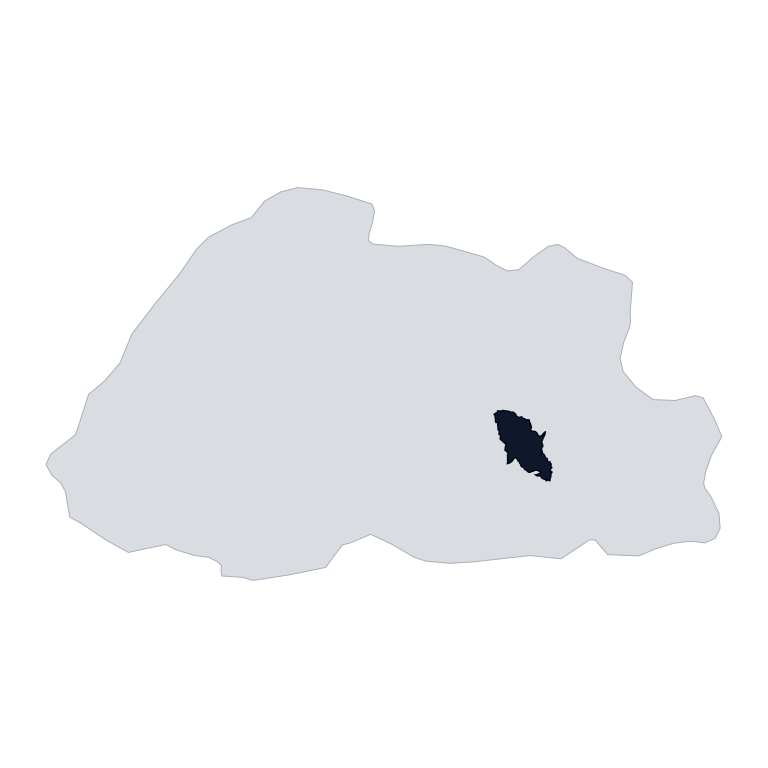 Saleng, Mongar, Bhutan shown in context
{"feature_id": "84629894B77073852352819", "entity_name": "Saleng", "entity_type": "district", "adm_level": 2, "iso_a3": "BTN", "parent_name": "Bhutan", "parent_adm1": "Mongar", "projection": "natural_earth1", "projection_center": [91.106, 27.254], "detail": "fine", "context": "in_parent", "style": "filled", "palette": "ink", "viewbox_px": 768, "rotation_deg": 0, "n_neighbors": 0, "source": "geoboundaries", "source_scale": "gbopen_adm2", "svg_char_len": 7036}
<svg xmlns="http://www.w3.org/2000/svg" viewBox="0 0 768 768"><path d="M630.6,322.1L629.4,327.7L623.7,342.4L620.0,358.4L623.1,371.5L635.9,387.1L653.1,399.6L675.0,400.5L695.1,395.7L703.1,397.7L714.1,418.6L721.9,436.6L711.4,455.3L705.7,471.6L703.6,483.2L704.9,488.2L711.4,497.6L719.0,513.6L720.1,528.3L715.3,538.1L704.9,542.9L693.9,541.5L684.8,541.7L673.3,543.4L655.5,548.8L638.9,555.9L607.7,554.6L595.2,540.0L589.3,540.0L561.0,558.8L530.1,555.5L473.8,561.8L450.3,563.3L426.2,561.2L414.0,557.2L391.3,544.0L370.7,534.3L349.8,543.1L342.4,544.8L325.6,567.4L289.2,574.9L252.9,580.4L242.2,577.3L221.8,576.0L221.0,570.7L221.6,565.6L217.0,561.5L208.7,557.3L194.5,555.5L176.2,549.9L165.7,544.5L128.4,552.4L106.8,540.5L82.2,524.1L69.8,517.0L65.4,491.6L61.1,483.4L51.5,474.8L46.1,464.7L50.5,454.3L75.1,435.0L77.1,430.4L88.6,394.3L104.4,381.2L120.0,363.0L131.9,334.0L154.6,304.3L179.6,273.8L196.8,248.9L208.2,237.4L231.6,224.9L251.2,217.7L264.7,201.0L281.1,191.8L297.8,187.6L322.7,189.9L346.1,195.8L371.8,204.0L374.7,210.7L372.5,222.5L368.8,234.5L368.7,240.6L372.6,244.0L397.7,246.3L428.5,244.4L445.8,246.1L484.3,257.1L495.5,264.9L507.3,270.9L518.8,269.8L533.3,257.0L548.6,246.2L558.1,244.4L564.9,247.9L577.2,258.3L602.6,268.0L625.2,275.4L632.5,282.3L630.1,312.2L630.6,322.1Z" fill="#d9dde1" stroke="#a8b0b8" stroke-width="1"/><path d="M507.4,463.6L508.4,463.3L509.6,462.9L511.0,462.0L512.5,460.7L513.2,459.4L513.6,458.8L514.2,458.3L515.1,457.9L515.5,457.7L516.0,457.7L516.3,457.6L517.7,460.0L517.8,460.6L517.9,460.8L518.7,460.9L519.0,461.0L519.2,461.3L519.3,462.0L519.4,462.4L519.5,462.7L520.1,463.6L520.5,464.1L520.9,465.4L521.1,466.0L522.1,467.0L522.7,467.0L523.2,467.1L524.0,467.9L524.1,468.2L524.4,469.0L524.9,469.6L525.3,469.7L525.7,469.7L526.9,470.6L527.6,471.5L527.8,471.6L528.0,471.7L528.6,472.1L529.1,472.3L529.5,472.3L530.1,472.1L530.6,472.1L531.0,471.9L531.1,471.7L531.3,471.6L531.8,471.5L532.0,471.4L532.4,471.3L532.7,471.0L532.8,471.0L533.4,471.1L533.6,471.0L534.0,470.7L534.5,470.6L535.0,470.3L535.2,470.1L535.3,470.1L535.8,470.0L536.7,470.1L537.2,470.4L537.5,470.5L538.0,470.6L538.4,470.5L538.6,470.6L538.9,471.0L539.7,471.6L539.9,471.8L540.5,472.0L540.8,472.3L541.0,472.8L541.2,473.0L540.7,473.2L540.0,473.3L539.7,473.5L539.3,473.6L538.6,473.9L537.4,474.4L537.1,474.6L536.8,474.7L536.3,474.9L535.7,474.9L536.5,475.5L537.5,475.9L537.9,476.0L539.0,475.7L539.5,475.7L540.1,475.8L541.5,477.3L542.2,478.4L542.8,478.5L543.2,478.7L543.8,478.9L544.1,479.1L544.6,479.1L544.9,479.2L545.4,479.6L545.6,479.9L545.9,480.2L546.3,480.7L546.5,480.4L546.9,480.0L547.2,480.0L548.4,480.2L549.4,480.7L549.7,480.8L549.8,480.8L549.9,480.7L549.9,480.0L550.2,478.2L550.2,477.6L550.3,477.4L550.6,477.2L550.8,477.0L550.8,476.8L550.8,476.2L550.9,475.3L550.8,475.0L550.6,474.6L550.6,474.4L550.6,474.1L551.0,473.7L551.7,472.8L552.0,472.3L551.9,472.0L551.8,471.8L551.2,471.6L550.8,471.7L550.0,471.7L549.7,471.4L549.7,471.1L549.8,470.9L550.3,470.6L550.4,470.3L550.2,469.7L550.6,468.8L550.8,468.5L551.4,468.2L551.6,468.0L551.7,467.7L551.6,467.1L551.4,466.7L550.5,465.9L550.4,465.7L550.5,465.4L550.8,465.1L551.1,464.8L551.2,464.4L551.1,464.0L551.0,463.8L550.0,462.9L550.0,462.7L550.0,462.1L550.0,461.9L549.5,461.9L548.9,462.0L548.5,461.9L548.0,461.7L547.6,461.4L547.6,461.1L547.5,460.0L547.1,459.0L547.0,458.5L547.0,458.4L546.7,458.4L546.1,458.4L545.7,458.2L545.2,457.1L544.9,456.4L544.6,455.3L544.2,454.9L543.7,454.1L543.1,453.8L542.2,453.8L541.6,453.8L541.5,453.6L541.4,453.4L541.4,453.1L541.6,452.8L542.3,452.2L542.4,451.9L542.2,451.4L541.8,450.8L541.6,450.3L541.5,449.2L541.8,447.9L542.0,447.3L542.4,446.7L542.7,446.5L542.8,446.3L542.8,445.9L542.7,445.3L542.6,444.8L542.4,444.3L542.0,443.4L542.0,443.0L541.8,442.2L541.7,441.4L541.9,440.9L542.5,439.9L542.6,439.6L542.9,438.4L543.3,437.8L543.7,437.0L543.9,436.6L544.0,436.3L544.2,435.8L544.7,434.9L544.8,434.7L544.8,434.2L545.0,433.6L545.1,432.8L545.1,432.4L545.2,432.0L544.8,432.1L544.3,432.7L543.8,433.2L543.2,433.7L543.1,433.9L542.9,434.3L542.6,434.7L542.3,434.9L542.0,435.2L541.2,435.8L540.8,436.0L540.3,436.2L539.9,436.3L539.3,436.3L538.6,436.2L538.3,435.6L537.9,434.9L537.5,434.5L537.5,434.1L537.2,433.7L537.2,433.4L537.0,433.2L536.4,432.7L535.9,432.1L535.3,431.5L534.0,431.4L533.0,431.5L532.6,431.3L531.9,431.1L531.6,430.9L531.4,430.8L531.1,430.8L530.9,430.7L530.8,430.3L530.7,430.1L530.5,429.7L530.7,429.3L530.8,428.9L531.2,428.1L531.2,427.9L531.5,427.3L531.5,427.2L531.2,426.9L531.2,426.3L531.0,425.8L531.0,425.4L530.9,425.1L530.7,424.9L530.5,424.7L530.4,424.1L530.4,423.8L530.4,423.6L530.2,423.4L530.0,423.0L529.8,422.9L529.6,422.3L529.5,422.1L529.5,421.4L529.4,421.2L529.3,420.7L529.2,420.2L529.0,419.9L528.5,419.9L528.3,419.9L527.7,419.8L527.4,419.8L527.0,419.8L526.8,419.9L526.7,419.8L526.2,419.9L525.6,419.6L525.3,419.3L524.8,419.1L524.6,418.8L524.4,418.7L524.0,418.6L523.4,418.5L522.9,418.3L522.7,418.2L522.4,417.8L522.2,417.6L522.0,417.2L521.9,417.0L521.7,416.9L521.3,417.0L521.1,417.0L520.7,417.0L519.9,417.3L518.8,417.4L517.8,417.1L517.4,416.9L517.2,416.7L516.8,416.6L516.7,416.5L516.7,416.3L516.1,415.4L515.8,414.7L515.6,414.5L515.5,414.3L515.5,414.0L515.4,413.8L515.1,413.7L514.7,413.5L514.4,413.3L513.9,412.6L513.3,412.4L512.9,412.2L512.2,412.1L511.7,412.2L510.7,412.2L509.8,411.7L508.4,411.3L507.2,411.1L506.4,411.1L505.4,410.8L504.5,410.8L504.0,410.7L502.8,410.4L502.4,410.6L502.1,411.0L501.9,411.3L501.3,411.3L501.0,411.3L500.8,411.2L500.7,411.0L500.2,411.0L499.8,411.2L499.5,411.2L499.4,411.1L499.0,410.9L498.3,410.9L497.6,411.0L497.5,411.6L497.4,412.0L497.0,412.6L496.5,412.9L495.5,413.3L495.3,413.6L495.0,413.7L494.8,413.9L494.1,414.3L494.3,414.6L494.6,414.9L494.7,415.3L495.0,415.9L495.2,416.1L495.2,416.7L495.2,417.0L495.2,417.5L495.3,418.0L495.6,418.7L495.7,418.9L495.6,419.3L495.6,419.9L495.4,420.6L495.7,421.9L496.1,422.5L496.5,422.3L496.9,422.4L497.1,422.4L497.4,422.7L497.5,422.8L497.9,422.8L498.3,422.8L498.0,423.6L497.8,423.7L497.7,424.3L497.7,424.6L497.9,424.9L498.1,425.3L497.9,425.5L497.8,425.8L497.7,426.0L497.8,426.2L497.9,426.5L498.1,426.9L498.4,427.3L498.2,427.6L498.2,427.9L498.0,428.8L498.0,429.4L498.0,429.6L498.3,429.8L498.9,430.1L499.0,430.5L499.1,430.8L499.2,431.3L499.2,431.5L499.2,431.9L499.3,432.4L499.2,433.2L499.0,433.7L498.9,433.9L499.0,434.2L499.3,434.4L499.5,434.5L499.9,435.0L500.2,435.2L500.4,435.5L500.7,435.8L500.6,436.5L500.5,437.0L500.2,438.0L500.2,438.7L500.3,439.1L500.7,439.7L501.0,439.9L501.4,440.1L501.7,440.2L502.4,440.9L502.7,441.6L503.1,441.7L503.9,442.3L504.9,443.3L505.5,443.8L506.0,444.0L505.9,445.1L505.6,446.2L505.6,447.2L505.5,447.3L505.2,447.8L505.2,448.2L505.3,448.5L505.4,448.9L505.3,449.3L505.1,449.7L505.0,449.8L504.9,449.9L505.1,450.1L505.3,450.4L505.6,450.4L505.8,450.4L506.1,450.6L506.2,451.0L506.4,451.3L506.9,451.9L507.8,452.6L508.4,453.4L508.4,453.6L508.2,453.8L508.1,454.1L507.4,455.2L507.7,456.2L507.5,457.2L507.6,457.5L507.9,457.8L508.0,458.1L507.9,458.3L507.8,458.7L507.6,459.0L507.5,460.0L507.6,460.4L507.8,460.8L507.8,461.5L507.8,461.9L507.5,462.6L507.4,463.6Z" fill="#0f172a" stroke="#020617" stroke-width="1.5"/></svg>